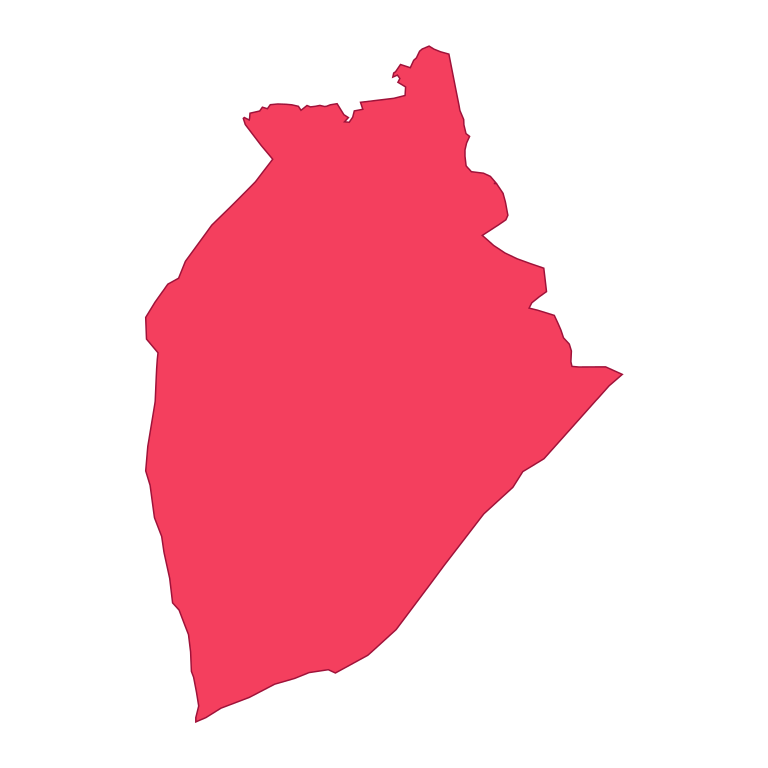 outline of Voinjama, Lofa, Liberia
{"feature_id": "62588387B81783560061544", "entity_name": "Voinjama", "entity_type": "district", "adm_level": 2, "iso_a3": "LBR", "parent_name": "Liberia", "parent_adm1": "Lofa", "projection": "mercator", "projection_center": [-9.823, 8.242], "detail": "fine", "context": "isolated", "style": "filled", "palette": "rose", "viewbox_px": 768, "rotation_deg": 0, "n_neighbors": 0, "source": "geoboundaries", "source_scale": "gbopen_adm2", "svg_char_len": 2546}
<svg xmlns="http://www.w3.org/2000/svg" viewBox="0 0 768 768"><path d="M335.4,673.0L367.9,655.2L369.7,653.6L373.7,650.0L396.2,629.5L426.5,589.1L427.3,588.1L444.3,565.2L461.0,543.5L471.3,530.1L481.6,516.7L483.9,513.8L497.0,501.8L502.7,496.6L512.9,487.3L522.8,471.6L525.8,469.8L535.5,463.9L544.0,458.7L582.2,415.9L596.0,400.4L597.9,398.4L609.1,385.8L622.3,374.4L615.0,371.1L605.7,366.9L598.4,366.9L578.8,367.0L572.0,366.4L571.7,365.3L570.9,361.7L571.4,351.0L569.3,344.1L563.5,337.8L561.8,332.7L561.2,330.9L560.8,329.8L558.1,323.6L554.3,315.4L537.6,310.2L529.1,308.1L529.8,306.7L531.8,302.8L539.1,296.9L546.5,291.6L545.7,284.5L543.9,269.1L543.8,268.2L530.1,263.5L516.9,258.7L504.8,252.9L493.7,245.5L482.3,235.4L483.1,234.9L485.4,233.4L496.3,226.3L497.9,225.3L505.9,219.8L507.9,215.2L507.6,213.8L507.5,213.3L507.4,212.8L505.7,203.5L505.3,201.6L503.3,194.3L503.1,193.4L496.7,183.9L496.5,183.6L493.8,183.5L496.2,183.2L490.9,177.0L490.4,176.4L483.5,173.2L471.4,171.7L468.5,168.5L467.7,167.7L466.1,165.8L465.0,156.3L465.0,149.9L466.6,143.0L469.6,136.4L466.0,133.6L463.9,124.8L463.7,119.5L463.4,118.8L459.9,110.5L459.0,105.3L455.9,89.8L448.9,54.1L440.6,51.8L433.9,49.1L429.1,46.1L422.2,49.0L419.6,51.2L416.4,57.9L413.7,60.3L410.3,67.7L400.5,64.5L395.6,71.7L393.7,73.0L392.8,77.1L397.4,75.1L399.9,78.5L397.9,82.3L405.2,86.7L405.6,87.0L405.1,94.9L405.0,95.5L393.9,98.3L360.5,102.3L362.8,109.3L354.3,110.9L352.7,117.2L349.2,122.3L344.5,121.8L348.4,117.6L343.9,114.7L337.1,103.7L330.3,104.8L326.5,106.3L324.5,106.5L319.9,105.4L315.4,106.3L310.4,106.9L307.0,105.5L301.0,110.3L298.4,106.3L291.8,104.8L286.2,104.3L278.0,104.0L277.7,104.0L270.3,104.7L267.4,108.7L262.4,107.2L259.7,111.0L250.0,113.2L249.6,118.2L249.2,120.0L244.3,117.5L243.3,118.4L245.3,124.6L261.2,145.5L272.7,159.2L268.2,165.1L262.5,172.5L255.5,181.7L251.1,186.2L237.4,200.0L234.0,203.4L227.0,210.3L220.2,216.9L211.8,225.1L209.4,228.4L205.8,233.4L185.4,261.3L178.6,278.2L167.9,284.1L166.5,286.0L163.3,290.6L162.6,291.5L155.0,302.2L145.7,317.4L146.4,336.6L146.5,339.1L158.0,352.8L157.3,359.3L156.6,369.4L156.6,369.9L156.3,375.9L155.2,401.2L154.9,403.4L149.9,433.7L149.0,439.2L147.8,446.3L145.7,470.9L150.1,485.3L154.2,515.8L154.5,517.8L161.7,536.5L163.9,551.7L164.0,552.2L164.2,553.3L169.7,578.4L172.6,602.9L179.1,610.1L184.8,625.1L188.5,634.6L190.6,651.9L191.4,671.4L193.6,677.2L196.5,692.3L198.7,706.0L196.5,714.9L195.8,717.6L195.8,721.9L205.9,717.6L220.9,708.2L249.5,697.3L274.6,684.2L294.7,678.4L309.0,672.6L328.3,669.7L335.4,673.0Z" fill="#f43f5e" stroke="#9f1239" stroke-width="1.5"/></svg>